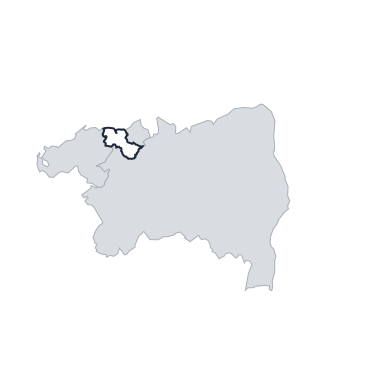 Guyana highlighted among its neighbors, rotated 322°
{"feature_id": "GUY", "entity_name": "Guyana", "entity_type": "country or territory", "adm_level": 0, "iso_a3": "GUY", "parent_name": "South America", "parent_adm1": "", "projection": "orthographic", "projection_center": [-58.817, 4.875], "detail": "medium", "context": "with_neighbors", "style": "outline", "palette": "slate", "viewbox_px": 384, "rotation_deg": 322, "n_neighbors": 3, "source": "natural_earth", "source_scale": "50m", "svg_char_len": 5119}
<svg xmlns="http://www.w3.org/2000/svg" viewBox="0 0 384 384"><g transform="rotate(322 192 192)"><path d="M194.1,318.9L192.9,316.3L195.2,314.1L192.6,310.9L183.7,305.3L181.9,305.5L176.9,301.8L173.6,302.3L186.5,290.8L194.6,286.0L194.9,282.0L192.4,279.1L189.7,280.1L191.7,274.1L191.8,271.3L189.9,270.4L187.9,271.2L185.9,271.0L184.9,264.3L183.9,262.7L180.3,261.3L178.0,262.3L172.3,261.3L172.7,254.2L171.1,251.2L172.8,250.1L172.3,247.1L173.8,244.7L174.9,240.4L173.6,237.1L170.5,235.5L169.9,233.4L170.7,230.2L159.9,230.0L157.7,223.6L159.3,223.5L157.9,216.2L154.5,214.6L150.9,214.6L144.6,211.9L142.4,209.7L135.9,208.8L129.6,203.7L129.7,193.4L122.2,194.3L114.3,198.7L113.1,200.4L105.9,199.9L102.8,200.8L100.2,200.1L100.2,191.5L95.7,194.8L90.7,194.5L88.5,191.4L84.7,191.0L85.8,188.6L82.5,185.1L80.0,179.8L81.4,178.8L81.4,176.4L84.7,174.8L84.1,171.7L85.5,169.7L85.8,167.0L92.3,163.2L97.7,161.3L102.9,161.6L105.4,143.2L104.5,139.8L102.0,137.6L102.0,133.3L105.3,132.4L106.4,133.1L106.6,130.8L103.2,130.1L103.2,126.5L114.5,126.8L116.4,124.8L119.1,130.1L120.2,129.4L123.4,132.6L128.0,132.2L129.1,130.4L135.9,128.2L136.6,125.7L140.7,124.0L140.4,122.8L135.5,122.3L134.9,114.6L132.3,113.1L133.4,112.5L142.4,114.8L144.1,113.4L154.9,110.4L157.0,108.1L156.3,106.5L159.3,106.2L160.7,107.6L159.9,110.2L161.9,111.1L163.3,113.8L161.6,115.9L160.7,120.9L162.6,126.6L166.2,129.3L169.1,129.6L169.8,128.5L174.3,127.2L176.2,125.6L184.1,126.4L184.2,122.3L189.3,122.2L195.3,124.6L197.1,123.0L198.4,123.2L199.2,124.9L202.0,124.4L204.2,122.2L209.4,112.4L211.4,112.1L216.2,125.6L219.3,126.5L219.5,130.6L215.1,135.5L216.9,137.2L227.2,138.0L227.4,143.9L231.8,139.9L248.5,145.3L251.3,148.7L250.3,151.9L257.0,150.0L267.9,152.8L276.3,152.3L284.3,156.9L291.2,163.2L295.3,164.7L299.9,164.8L301.8,166.6L304.0,177.3L301.3,186.9L290.3,198.9L286.4,205.4L282.0,210.4L280.6,210.5L278.8,214.7L278.2,225.1L274.9,237.2L273.0,239.4L271.2,246.6L265.1,253.8L263.5,259.2L259.0,261.6L257.4,264.8L251.7,264.9L243.3,267.1L239.3,269.5L233.3,271.1L226.7,275.3L221.9,280.4L220.8,284.2L221.4,287.0L218.5,294.4L214.7,297.2L208.3,305.7L200.1,311.8L197.5,316.2L194.1,318.9Z" fill="#d9dde1" stroke="#a8b0b8" stroke-width="1"/><path d="M152.3,102.0L157.0,108.1L154.9,110.4L144.1,113.4L142.4,114.8L133.4,112.5L132.3,113.1L134.9,114.6L135.5,122.3L140.4,122.8L140.7,124.0L136.6,125.7L135.9,128.2L129.1,130.4L128.0,132.2L123.4,132.6L120.2,129.4L118.5,123.5L114.8,120.1L117.8,117.3L114.9,110.2L115.4,106.0L117.8,100.9L115.8,99.9L106.0,100.7L102.0,95.6L98.7,94.8L91.4,95.2L90.1,93.1L88.7,92.6L88.9,86.8L87.1,82.8L84.2,82.3L86.8,74.8L90.7,71.0L92.3,68.1L95.9,67.2L95.7,68.6L92.4,69.2L94.1,71.9L93.9,75.0L91.3,78.3L93.3,83.0L95.7,82.7L97.1,78.5L95.5,76.4L95.4,71.9L102.5,69.7L101.8,66.9L103.9,65.1L105.7,69.2L109.7,69.4L113.3,72.7L113.5,74.6L124.7,74.2L128.0,76.9L132.4,77.7L135.6,75.9L135.7,74.4L149.8,74.0L144.9,75.7L146.8,78.5L151.4,79.0L155.8,81.9L156.7,86.6L159.7,86.5L162.0,87.9L157.4,91.3L156.9,93.4L158.9,95.6L153.8,97.7L153.9,100.4L152.3,102.0Z" fill="#d9dde1" stroke="#a8b0b8" stroke-width="1"/><path d="M192.7,123.4L189.3,122.2L184.2,122.3L184.1,126.4L180.9,125.9L177.3,120.8L176.5,117.5L174.6,117.5L172.0,113.2L172.8,108.8L176.3,107.2L177.3,101.9L184.3,103.1L184.9,102.0L189.6,101.6L195.9,103.1L192.9,108.2L193.4,112.2L195.7,115.7L192.7,123.4Z" fill="#d9dde1" stroke="#a8b0b8" stroke-width="1"/><path d="M156.2,106.5L152.4,102.1L154.0,100.5L153.8,99.1L153.5,98.3L153.9,97.7L155.1,97.4L155.5,97.1L156.4,97.2L157.2,96.7L158.3,96.2L158.5,95.9L158.7,95.3L158.6,95.0L157.2,95.0L156.9,94.6L156.9,94.4L157.0,94.0L156.4,92.9L156.4,92.7L157.0,92.1L157.3,91.3L157.6,91.1L158.4,91.0L159.6,90.0L160.4,89.7L160.8,88.9L161.5,88.6L161.6,88.2L160.5,86.8L161.6,87.8L162.0,88.0L162.1,87.8L162.5,87.9L165.3,89.6L167.5,91.6L169.3,93.6L169.5,94.0L169.5,95.7L168.9,96.8L168.7,98.8L168.3,99.5L168.8,99.1L168.9,98.1L169.8,96.8L170.5,96.6L172.4,97.2L174.6,99.1L175.0,99.8L176.1,100.2L176.8,100.7L177.0,101.2L177.1,102.4L177.0,104.4L176.7,104.8L176.3,105.7L176.5,106.2L176.9,106.3L176.9,106.5L176.3,107.0L176.4,107.4L176.2,107.5L174.0,107.7L173.7,107.9L173.2,108.1L173.0,108.4L172.8,108.7L173.2,109.6L172.6,111.5L172.0,112.5L172.0,113.0L172.1,113.5L172.8,114.4L173.3,115.5L174.4,116.4L174.4,117.1L174.9,117.4L176.4,117.2L176.5,118.5L176.8,118.8L177.0,120.3L177.6,120.8L178.0,121.6L178.6,123.0L179.1,123.7L179.9,125.1L180.7,125.3L181.2,125.6L180.7,125.8L180.4,125.8L179.1,126.0L178.1,125.8L177.5,125.2L176.6,125.5L176.3,125.5L175.8,125.8L175.0,126.9L174.7,127.1L173.5,127.1L172.4,127.4L172.3,127.8L172.1,128.1L171.5,128.2L171.3,128.0L170.3,127.7L170.0,128.4L169.5,128.5L169.3,128.6L169.4,129.2L169.3,129.5L168.3,129.5L167.5,130.0L167.2,130.0L166.6,129.4L165.1,129.0L163.3,127.1L162.5,126.8L162.5,126.2L162.1,126.1L162.0,125.9L162.0,123.7L161.2,123.2L160.6,121.3L160.7,119.5L161.3,117.8L161.5,117.4L161.4,116.0L162.4,115.3L162.5,115.0L162.9,114.6L163.2,113.9L162.1,112.2L162.3,111.3L161.5,110.7L159.9,110.5L159.7,110.4L160.4,109.2L160.6,107.2L160.1,106.8L159.7,106.3L159.1,106.1L158.6,106.5L158.2,106.4L157.9,106.5L157.2,106.5L156.7,106.4L156.2,106.5Z" fill="none" stroke="#1e293b" stroke-width="2"/></g></svg>